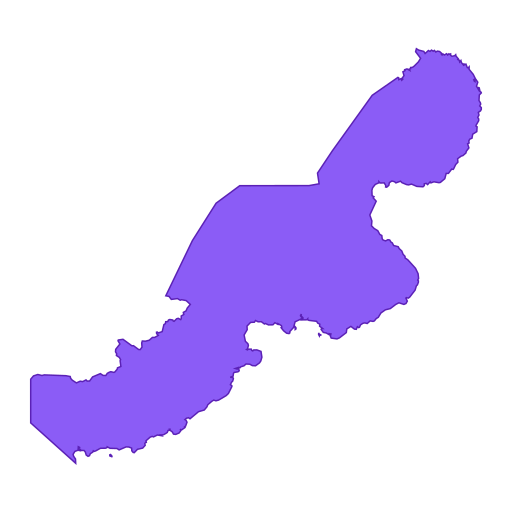 Pomio District, East New Britain, Papua New Guinea (Mercator projection)
{"feature_id": "67681753B79338306732955", "entity_name": "Pomio District", "entity_type": "district", "adm_level": 2, "iso_a3": "PNG", "parent_name": "Papua New Guinea", "parent_adm1": "East New Britain", "projection": "mercator", "projection_center": [151.576, -5.258], "detail": "fine", "context": "isolated", "style": "filled", "palette": "violet", "viewbox_px": 512, "rotation_deg": 0, "n_neighbors": 0, "source": "geoboundaries", "source_scale": "gbopen_adm2", "svg_char_len": 6002}
<svg xmlns="http://www.w3.org/2000/svg" viewBox="0 0 512 512"><path d="M309.0,185.6L239.7,185.7L216.1,203.2L192.4,240.6L165.8,295.8L169.0,296.4L171.3,299.4L177.5,298.6L180.2,300.2L181.6,299.7L186.2,300.6L190.3,304.4L187.3,308.0L186.0,310.9L183.3,312.4L183.8,314.5L181.2,316.0L181.3,318.4L180.7,319.6L178.2,318.3L176.6,318.8L174.1,321.3L173.3,321.1L172.8,320.0L169.8,319.5L168.5,320.0L167.7,321.6L165.7,321.7L165.4,323.6L163.9,324.6L162.2,331.6L158.4,332.9L157.2,332.0L156.5,332.2L156.6,333.6L158.3,335.4L154.7,337.4L152.4,337.4L149.3,340.2L145.4,341.2L142.3,341.0L141.7,343.0L142.0,347.1L140.2,349.6L138.6,349.5L133.5,345.7L131.9,345.8L123.0,339.3L118.3,340.0L118.0,340.8L119.9,344.0L115.7,349.3L115.5,351.8L116.7,353.8L116.4,355.5L119.3,357.4L120.6,359.7L120.1,360.7L120.9,366.5L117.5,367.8L117.2,369.2L114.8,372.0L113.9,372.4L110.8,371.7L109.3,372.2L107.3,373.3L105.8,375.5L103.0,375.4L100.4,373.6L92.6,376.9L89.6,381.0L87.2,381.1L86.0,379.9L82.7,381.6L80.2,381.2L76.4,382.9L72.3,380.2L70.7,378.4L70.2,376.5L65.8,375.7L44.2,374.9L42.0,375.5L37.8,374.5L33.5,375.9L30.7,379.2L30.7,422.9L75.7,463.3L75.5,459.0L73.6,456.2L73.1,454.3L74.9,451.4L78.1,450.2L78.3,446.7L79.6,447.4L78.7,448.9L79.1,450.5L80.3,450.7L79.9,448.9L80.9,450.4L84.1,450.5L85.3,452.0L86.2,455.0L88.0,456.3L89.5,455.7L90.3,453.7L92.8,452.1L93.3,450.8L94.1,451.4L95.7,450.9L100.4,448.3L105.7,448.2L107.1,447.5L107.2,446.8L110.0,448.3L117.0,448.5L119.1,449.9L126.1,446.9L128.7,447.0L131.6,448.1L131.8,450.8L133.1,452.4L134.2,452.7L137.5,449.3L142.7,448.1L145.2,445.3L144.8,443.6L145.5,442.5L146.3,442.4L146.0,440.8L150.2,437.1L152.2,436.4L153.5,436.9L157.4,435.0L161.5,435.7L160.6,434.9L163.4,434.8L166.2,433.2L167.3,432.4L168.0,430.5L169.5,430.3L169.3,429.2L170.0,429.2L170.0,430.3L172.2,431.8L173.5,434.1L175.7,434.4L179.1,433.0L180.8,430.7L180.3,429.0L181.1,430.0L181.8,429.8L185.0,427.5L184.6,426.8L185.6,426.1L187.0,422.2L186.0,420.2L184.9,419.6L186.3,418.3L188.5,417.7L190.0,418.8L198.5,411.7L204.3,410.0L206.9,406.9L207.8,404.7L211.7,401.4L213.7,400.1L215.9,400.8L218.6,400.1L226.2,395.6L228.4,393.5L231.9,386.5L231.8,385.6L230.4,384.7L231.5,382.3L232.7,381.1L233.4,378.6L232.9,377.5L230.2,377.3L233.1,376.1L233.5,373.3L234.2,372.4L238.0,371.8L239.2,370.8L238.7,368.5L237.3,369.1L235.3,368.5L238.9,367.3L240.0,367.7L240.8,366.8L244.0,365.8L246.0,364.0L249.8,364.2L252.3,365.6L255.5,365.8L259.5,362.9L260.8,361.0L261.9,357.2L261.0,351.4L256.9,349.9L253.5,350.0L252.8,350.9L251.7,350.4L251.2,349.1L248.2,349.2L247.5,349.9L246.6,349.5L247.5,348.9L248.4,345.4L247.9,343.7L245.4,341.3L244.1,335.0L247.2,329.7L247.0,326.1L250.6,322.4L254.4,322.2L255.5,320.5L258.1,321.8L261.3,321.7L264.4,324.0L265.4,323.5L268.5,324.9L272.9,324.8L274.9,322.7L278.7,324.8L277.1,323.1L281.4,325.6L281.8,327.2L281.1,327.7L283.6,330.8L286.6,333.2L289.0,333.6L289.9,332.8L289.7,331.7L293.6,327.4L295.1,321.8L302.5,318.3L300.6,316.1L300.5,315.3L301.4,314.1L301.1,315.9L302.9,317.7L302.9,318.7L301.7,319.9L306.8,319.8L307.7,318.8L307.7,319.8L309.1,320.4L316.6,321.3L317.7,323.1L319.8,324.2L319.6,326.2L322.6,328.5L321.5,328.5L321.1,329.4L323.3,332.4L326.3,333.0L329.5,334.9L330.0,334.7L329.5,333.7L330.9,333.9L330.4,336.2L331.2,338.1L337.0,338.9L339.4,337.9L346.3,332.6L346.8,328.9L350.9,326.4L354.4,329.1L356.3,329.3L357.4,326.7L358.7,327.6L359.5,327.2L360.5,324.9L362.9,323.3L364.8,322.9L367.2,323.5L370.2,320.9L373.0,321.4L374.4,320.9L376.2,318.6L378.3,317.3L380.9,313.0L385.4,309.8L390.3,308.6L395.8,304.4L398.9,302.8L403.9,304.4L406.0,303.5L407.3,301.1L405.9,298.1L406.3,297.6L408.4,298.1L409.8,297.0L415.1,290.1L416.4,285.8L417.4,284.9L418.4,282.2L418.4,280.8L417.7,280.1L418.6,278.4L418.1,273.7L415.5,268.3L407.8,259.8L405.1,258.0L405.0,256.3L403.1,254.3L401.8,251.0L399.2,248.6L398.2,246.7L393.6,245.5L392.3,242.9L391.0,242.1L389.7,240.0L387.9,239.7L385.6,240.9L383.2,240.1L382.2,238.8L381.8,235.5L379.8,234.4L377.8,230.7L374.2,228.5L371.5,225.8L371.9,221.0L369.8,215.0L376.2,201.2L373.2,197.9L374.0,196.7L372.1,195.7L371.9,190.3L372.6,187.8L375.3,184.4L378.9,182.8L378.9,181.7L380.0,183.0L384.2,182.9L385.8,185.6L385.6,187.0L386.7,187.2L388.8,185.4L389.4,182.6L391.9,181.0L394.5,181.7L395.9,182.9L400.5,181.2L402.0,182.7L406.6,184.6L408.6,184.9L411.5,184.1L416.8,186.4L423.0,186.8L424.3,185.6L424.3,183.8L426.2,183.4L427.6,184.6L430.2,181.8L430.9,182.9L433.9,181.8L439.0,182.7L440.4,182.4L444.8,178.7L446.2,173.4L448.4,173.4L451.7,169.1L453.2,169.4L453.7,168.7L455.7,164.5L457.9,162.2L457.6,158.7L461.2,156.1L462.9,155.6L465.9,153.0L466.3,151.3L468.9,147.9L467.6,143.8L469.1,143.0L468.8,141.0L469.7,139.2L472.0,138.2L472.7,134.2L476.8,131.6L477.1,126.8L476.1,126.3L476.0,125.4L478.7,120.7L478.7,118.9L477.7,117.4L479.0,115.0L478.3,112.4L480.5,110.9L481.3,109.4L481.3,107.6L479.7,105.9L480.7,104.1L480.4,102.8L479.0,100.5L479.3,95.0L481.3,92.9L481.1,92.2L479.4,91.1L476.5,86.2L477.8,82.2L475.9,79.4L474.8,79.8L475.0,81.6L474.4,81.3L473.7,79.7L475.4,78.7L473.2,74.3L469.1,69.3L469.1,66.9L468.2,67.9L467.3,67.6L465.9,64.1L464.3,64.9L464.5,64.2L463.9,63.9L463.2,64.7L461.4,62.5L460.9,60.5L459.7,62.0L459.2,60.1L457.8,59.5L458.3,58.8L456.0,56.1L455.7,54.7L454.7,55.7L452.0,56.3L450.7,55.4L450.6,53.9L449.6,54.3L448.9,53.8L447.7,55.0L446.6,53.7L444.3,55.0L443.0,54.0L442.1,55.0L441.3,54.0L441.6,53.3L439.6,51.5L437.4,51.1L435.8,52.0L434.4,50.4L433.2,51.2L431.5,50.1L430.0,51.4L428.4,50.5L425.1,53.5L423.8,51.4L418.7,50.1L416.4,48.7L415.6,51.7L420.6,58.3L418.3,62.0L414.2,66.1L412.4,67.4L410.6,67.5L410.6,68.7L409.3,69.1L409.8,70.4L407.0,68.9L404.7,69.7L405.0,70.6L402.9,71.8L404.0,75.6L402.3,78.0L402.8,79.2L401.7,80.2L401.2,78.6L398.8,79.6L398.7,77.8L397.9,77.4L372.2,95.3L332.3,150.9L317.5,173.1L319.1,183.8L309.0,185.6ZM111.8,456.7L112.0,456.2L110.6,454.5L109.8,454.8L109.8,455.9L111.8,456.7ZM319.2,334.1L318.7,332.9L318.6,334.5L319.4,336.0L319.7,335.0L321.4,335.2L319.2,334.1ZM296.0,328.9L295.9,327.6L295.1,326.7L295.2,329.5L296.0,328.9ZM479.5,89.1L479.2,87.8L478.5,87.6L478.4,88.1L479.5,89.1Z" fill="#8b5cf6" stroke="#5b21b6" stroke-width="1.5"/></svg>